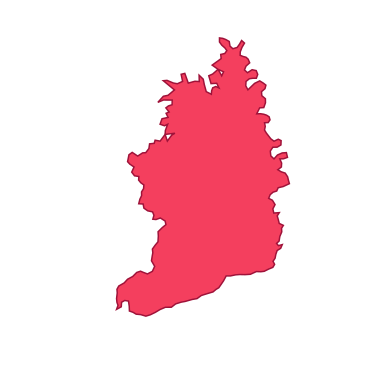 the district of Almirante Tamandaré do Sul, Rio Grande do Sul, Brazil, rotated 54°
{"feature_id": "56859067B35776288665793", "entity_name": "Almirante Tamandaré do Sul", "entity_type": "district", "adm_level": 2, "iso_a3": "BRA", "parent_name": "Brazil", "parent_adm1": "Rio Grande do Sul", "projection": "mercator", "projection_center": [-52.924, -28.143], "detail": "fine", "context": "isolated", "style": "filled", "palette": "rose", "viewbox_px": 384, "rotation_deg": 54, "n_neighbors": 0, "source": "geoboundaries", "source_scale": "gbopen_adm2", "svg_char_len": 3229}
<svg xmlns="http://www.w3.org/2000/svg" viewBox="0 0 384 384"><g transform="rotate(54 192 192)"><path d="M163.0,80.1L159.7,77.8L155.1,78.9L151.7,76.8L151.3,72.2L149.0,69.4L145.8,70.3L141.9,71.9L140.9,77.5L141.6,82.4L142.2,86.7L137.7,86.1L134.3,83.3L134.1,79.0L135.7,76.0L137.8,73.1L135.5,69.7L131.5,68.7L128.4,71.5L128.1,77.0L124.1,77.8L121.9,74.3L121.4,69.4L117.5,68.5L114.7,69.1L112.4,71.0L109.7,72.7L107.0,70.6L104.4,66.6L102.4,62.0L98.6,62.8L100.3,66.6L101.6,70.5L100.1,74.7L96.3,75.5L92.1,73.4L88.4,75.1L85.8,76.8L83.5,79.2L86.8,81.6L90.7,81.6L94.8,80.7L98.1,80.7L99.2,84.1L97.6,87.9L101.2,90.0L101.2,101.1L108.1,98.8L108.7,106.0L107.8,110.1L115.5,112.9L118.6,108.1L123.7,109.0L120.6,110.8L119.9,114.0L121.6,116.6L124.3,118.9L119.2,121.5L112.3,118.9L107.3,116.6L101.7,117.6L106.9,121.2L104.1,124.6L101.7,131.0L91.8,128.1L90.4,131.6L97.0,134.6L95.8,140.2L92.9,143.0L87.0,146.6L85.1,149.8L99.1,146.2L99.7,154.5L97.7,158.9L99.4,166.9L100.8,161.0L106.0,154.0L109.7,156.8L108.5,160.5L108.6,163.7L113.8,163.5L113.1,166.7L117.6,167.5L115.1,173.2L118.4,178.0L122.3,175.3L122.9,171.9L126.6,177.4L129.6,179.9L132.1,187.9L128.4,191.4L130.4,194.0L128.1,198.0L131.5,201.3L133.0,206.3L131.3,209.0L131.0,214.8L124.8,217.1L124.8,221.1L129.6,226.3L133.0,225.9L137.7,224.2L140.5,229.1L145.1,229.0L148.2,225.9L151.0,228.2L154.4,228.0L158.0,226.8L160.8,229.2L162.3,232.8L165.3,234.9L167.2,238.4L170.2,242.0L173.0,238.6L176.8,240.4L181.2,238.9L184.9,235.6L188.5,236.5L191.0,239.7L193.1,237.3L194.4,232.9L199.7,230.8L203.1,232.3L203.3,236.8L204.2,242.8L207.8,245.1L212.3,248.8L213.4,253.1L214.9,257.6L218.1,259.4L220.7,262.1L223.8,265.2L230.2,265.9L232.9,270.7L232.1,276.2L228.3,278.7L225.8,280.2L224.6,284.0L225.5,289.6L224.7,295.4L225.7,300.3L225.0,306.5L226.6,309.9L229.7,311.8L233.9,315.7L237.2,317.6L240.2,318.5L242.6,322.0L243.3,316.7L239.8,313.8L240.2,310.2L242.9,307.5L247.5,309.9L251.5,312.6L254.7,310.4L258.0,309.0L261.0,305.6L265.3,302.3L266.8,298.0L267.8,292.5L268.3,286.9L269.6,281.3L273.1,276.4L272.9,271.0L274.8,265.4L276.5,261.9L279.0,255.1L281.2,250.6L281.2,245.3L282.6,241.1L284.1,236.8L285.2,233.7L284.9,229.8L285.2,226.6L283.8,222.6L282.4,218.7L280.0,213.7L282.5,210.2L284.6,205.5L286.8,201.9L290.0,197.7L292.9,193.1L294.2,186.7L297.0,183.1L298.6,180.2L299.4,175.4L300.5,170.9L299.1,167.7L295.7,167.2L294.4,163.7L291.6,160.7L289.4,157.5L289.7,153.4L287.6,149.9L286.2,153.6L283.3,153.8L282.9,150.4L279.6,147.1L277.0,142.8L274.0,140.9L272.7,137.7L268.7,139.9L265.0,138.4L261.4,137.1L260.0,133.5L257.1,138.2L253.2,136.5L251.0,132.2L245.9,131.8L242.2,133.7L240.1,130.3L239.8,126.5L241.0,122.9L239.2,119.8L241.2,115.0L242.5,108.3L239.2,107.1L235.9,105.7L231.5,105.5L228.0,108.0L224.4,109.5L224.3,105.0L221.3,102.5L216.8,101.5L218.9,98.5L220.1,94.4L215.6,92.5L213.4,96.1L212.3,101.1L213.4,106.2L209.1,107.0L204.9,104.6L203.3,100.3L205.8,96.7L206.2,92.4L202.8,89.7L200.0,91.2L199.1,95.8L195.2,97.0L191.1,97.1L187.9,97.2L184.5,96.9L182.0,94.2L178.6,92.6L180.6,89.6L179.5,86.5L176.5,85.4L173.7,86.5L171.3,88.2L168.9,90.6L166.8,93.7L163.7,87.8L165.9,84.3L163.0,80.1ZM129.6,179.9L134.4,171.3L134.1,175.1L136.3,182.0L129.6,179.9ZM108.1,98.8L113.3,95.8L115.5,99.7L108.1,98.8Z" fill="#f43f5e" stroke="#9f1239" stroke-width="1.5"/></g></svg>